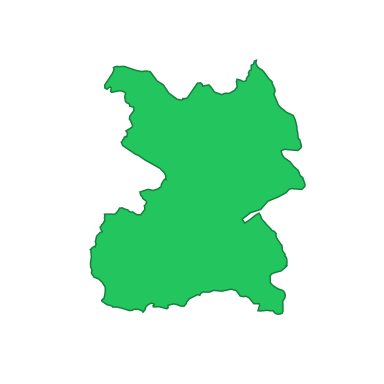 the district of Telimele, Télimélé, Guinea, rotated 74°
{"feature_id": "49546643B50480493924889", "entity_name": "Telimele", "entity_type": "district", "adm_level": 2, "iso_a3": "GIN", "parent_name": "Guinea", "parent_adm1": "Télimélé", "projection": "mercator", "projection_center": [-13.353, 10.89], "detail": "fine", "context": "isolated", "style": "filled", "palette": "green", "viewbox_px": 384, "rotation_deg": 74, "n_neighbors": 0, "source": "geoboundaries", "source_scale": "gbopen_adm2", "svg_char_len": 4063}
<svg xmlns="http://www.w3.org/2000/svg" viewBox="0 0 384 384"><g transform="rotate(74 192 192)"><path d="M128.3,245.8L140.8,235.3L141.0,234.3L148.4,228.2L160.4,216.3L166.4,213.1L169.4,212.8L172.4,213.5L172.6,213.5L171.9,214.0L172.9,215.9L175.9,219.1L178.7,220.5L178.8,222.2L179.6,223.2L179.8,229.0L177.3,233.6L177.6,240.7L177.9,241.9L177.8,242.1L178.7,242.0L180.6,242.3L182.2,241.7L182.8,241.1L184.6,241.1L185.5,240.6L186.6,239.6L187.4,239.0L187.9,238.7L189.6,238.5L191.8,240.7L192.1,241.7L193.9,241.7L195.5,242.2L196.1,242.5L199.9,247.7L198.4,251.4L194.7,254.7L194.9,255.6L193.6,257.5L191.6,258.6L189.3,262.2L188.1,263.1L187.5,266.1L189.1,267.5L191.9,271.5L191.9,273.2L190.9,276.0L189.2,282.2L189.2,282.3L191.5,282.5L192.3,283.2L195.6,283.6L196.4,285.0L197.1,285.1L198.6,287.9L199.5,288.4L200.3,289.9L201.9,290.1L205.5,289.2L205.6,291.6L208.2,295.9L213.3,298.7L215.6,298.5L217.3,299.8L217.2,299.8L217.9,302.9L219.4,305.7L220.1,305.3L226.9,306.7L232.6,309.3L236.5,310.2L237.6,309.7L239.5,309.8L242.4,311.1L246.9,309.6L249.6,305.9L253.8,303.3L259.1,301.7L262.0,302.2L266.5,304.0L270.6,306.4L270.3,307.3L271.1,308.6L272.1,308.7L277.1,304.6L278.2,302.2L279.8,300.2L280.6,300.1L281.8,296.3L283.9,292.1L288.7,284.9L289.3,282.3L288.7,280.2L290.1,275.8L292.5,272.7L294.0,272.2L292.3,269.6L289.4,267.8L288.2,265.2L287.5,261.6L289.3,259.4L290.0,259.3L290.6,260.8L291.8,260.8L293.2,255.2L297.3,248.3L296.8,247.0L294.4,246.2L294.4,241.0L295.5,238.3L298.5,234.4L299.6,231.1L297.8,228.4L296.2,227.3L293.9,224.1L292.2,214.9L293.5,213.0L291.9,211.6L291.1,209.2L293.0,203.0L292.6,198.2L295.6,190.4L296.2,181.1L299.1,176.5L305.2,174.4L306.7,171.6L307.1,168.8L309.4,166.3L316.4,163.4L317.9,158.2L319.9,158.4L324.3,161.3L325.2,159.1L326.5,152.2L327.9,149.3L328.3,147.1L331.6,145.4L333.2,143.1L333.6,140.7L333.4,138.7L331.4,137.3L321.9,134.8L319.4,131.9L316.7,130.7L313.9,130.8L311.8,131.8L308.6,136.2L304.3,140.0L300.9,141.7L294.5,140.1L293.0,138.7L292.3,135.9L292.4,128.0L290.6,123.8L289.1,121.2L288.8,121.6L288.8,121.2L286.4,120.3L284.1,119.7L283.9,119.7L282.7,119.4L280.5,119.5L279.3,120.3L277.8,119.7L274.6,120.8L273.8,121.1L271.6,120.9L270.4,120.6L269.4,120.5L268.5,120.3L267.9,120.3L266.6,121.1L264.3,121.7L262.3,122.5L261.0,122.8L259.3,123.4L258.5,123.4L257.9,123.3L257.3,123.3L256.6,123.3L255.1,122.5L254.0,123.1L252.6,123.7L252.0,124.4L251.3,125.3L251.0,125.8L249.3,126.4L247.6,127.3L245.6,128.4L243.1,129.7L241.4,130.3L239.8,131.2L238.7,131.8L237.6,132.2L236.2,132.5L234.2,132.6L232.6,132.8L231.7,133.3L230.8,133.4L231.7,137.1L234.7,144.3L236.4,149.9L235.3,150.3L233.8,150.6L232.5,151.3L232.0,151.3L228.0,141.5L227.7,130.8L221.7,121.5L220.5,110.1L218.6,101.7L216.2,98.0L216.1,95.6L219.8,85.7L217.8,82.0L215.8,81.3L213.1,81.4L208.7,81.6L206.0,83.5L200.6,83.9L195.4,87.2L189.7,89.6L184.5,93.9L181.1,95.1L177.0,95.0L176.4,91.5L181.3,78.8L179.7,75.3L178.0,74.1L171.8,74.0L169.3,75.1L163.4,73.9L161.4,74.0L157.9,73.2L151.2,72.9L147.7,73.4L146.3,73.6L141.4,79.2L134.6,83.9L132.3,85.0L120.4,86.3L118.3,84.5L116.4,84.0L109.3,85.0L107.9,84.6L104.3,87.0L97.0,89.5L94.2,90.9L91.7,93.3L89.1,94.7L85.6,95.1L83.1,93.8L83.4,95.9L86.0,97.6L86.5,100.1L90.9,101.4L91.3,103.3L93.3,105.1L94.9,104.6L97.7,108.3L99.6,109.0L100.1,110.3L99.9,112.4L97.8,114.6L96.0,117.6L97.9,118.8L103.4,119.6L105.9,122.8L107.5,128.9L106.2,132.8L106.6,136.6L102.1,142.9L96.1,144.9L93.7,146.2L93.1,152.7L91.3,152.5L89.4,153.6L88.9,156.8L99.8,170.0L100.6,171.7L99.5,175.7L100.4,174.4L100.7,176.8L98.8,180.7L90.5,187.0L81.0,190.1L75.5,195.0L64.8,199.0L63.0,202.8L62.2,207.5L59.3,212.9L52.5,222.6L51.2,228.4L50.4,229.5L50.7,233.2L52.7,233.1L56.0,235.7L65.1,246.4L68.0,247.1L69.8,245.3L68.5,242.6L68.7,241.5L69.7,241.0L72.9,242.5L74.1,241.7L74.6,234.3L75.5,231.7L77.4,229.4L78.6,228.6L81.9,230.4L86.6,231.0L88.4,230.1L89.6,228.2L92.4,228.1L94.5,224.6L97.7,225.4L101.9,230.9L104.7,232.1L106.3,231.4L111.7,230.8L113.2,231.8L115.1,238.7L117.5,237.8L120.9,239.4L120.2,241.0L120.9,241.5L120.8,242.2L121.8,242.4L122.8,244.3L123.8,244.7L124.6,246.3L128.3,245.8Z" fill="#22c55e" stroke="#15803d" stroke-width="1.5"/></g></svg>